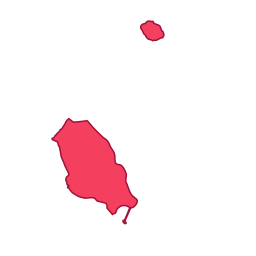 the district of Ly Son, Vietnam, rotated 56°
{"feature_id": "81297802B63810165613250", "entity_name": "Ly Son", "entity_type": "district", "adm_level": 2, "iso_a3": "VNM", "parent_name": "Vietnam", "parent_adm1": "", "projection": "natural_earth1", "projection_center": [109.112, 15.401], "detail": "fine", "context": "isolated", "style": "filled", "palette": "rose", "viewbox_px": 256, "rotation_deg": 56, "n_neighbors": 0, "source": "geoboundaries", "source_scale": "gbopen_adm2", "svg_char_len": 3236}
<svg xmlns="http://www.w3.org/2000/svg" viewBox="0 0 256 256"><g transform="rotate(56 128 128)"><path d="M133.5,153.0L130.4,152.4L127.9,152.2L125.2,152.7L123.1,153.5L121.6,154.0L117.4,154.9L112.1,156.0L106.6,156.9L99.9,157.6L99.0,158.0L98.7,158.2L98.5,158.9L98.4,159.3L98.1,159.9L97.6,160.8L96.4,163.2L93.1,169.2L92.7,169.8L92.3,170.0L91.8,170.3L88.0,171.5L87.5,171.7L87.2,172.0L87.1,172.3L87.3,173.3L87.6,174.7L88.1,175.9L88.7,176.9L90.1,179.6L90.4,180.8L91.0,181.9L91.9,183.8L91.8,184.1L91.5,184.4L91.6,185.4L92.0,186.1L92.5,187.0L92.7,187.8L92.8,189.6L93.3,191.0L93.6,192.5L93.7,193.1L94.2,193.8L94.6,194.8L94.6,195.0L94.3,195.9L94.2,196.3L94.3,196.7L94.7,197.1L95.3,197.2L95.8,197.0L96.5,196.5L97.3,195.9L98.9,195.0L99.7,194.5L100.3,194.4L101.2,194.5L102.0,194.8L103.9,195.5L104.0,195.3L104.3,195.1L104.5,195.1L109.6,197.2L113.5,199.0L116.6,199.9L120.4,200.5L124.6,201.5L126.1,201.7L129.0,202.1L131.6,202.5L132.8,202.7L133.5,203.2L134.0,203.8L134.1,204.7L134.3,206.2L134.7,207.1L136.1,208.5L137.4,209.0L138.7,209.1L139.5,209.4L140.1,209.8L141.0,210.1L141.5,210.1L141.5,209.7L141.8,209.5L142.4,209.4L143.0,209.5L143.3,209.8L143.2,210.2L143.1,210.7L143.2,211.0L143.8,211.4L144.1,211.2L144.8,210.7L145.2,210.6L145.8,210.7L147.2,210.7L150.6,210.3L152.9,209.3L156.9,207.4L157.8,206.8L160.6,204.3L162.2,202.8L164.9,197.9L165.8,196.5L166.3,195.9L167.0,195.4L168.0,194.8L168.6,194.7L169.2,194.7L169.7,194.7L171.1,194.4L171.5,194.2L175.3,190.8L176.0,190.2L176.7,189.5L177.9,188.6L178.7,188.4L179.3,188.4L180.8,188.9L182.1,189.9L182.7,190.1L183.4,190.1L187.7,189.6L188.8,189.5L191.0,189.2L190.9,188.6L191.0,188.2L191.5,186.4L191.5,186.1L190.4,184.0L190.1,183.8L189.7,183.5L189.4,183.0L189.1,182.2L188.9,181.7L188.7,179.5L188.7,178.0L188.8,177.3L189.2,176.3L190.5,173.8L192.5,172.3L194.4,171.2L194.9,170.9L199.6,177.8L202.6,182.7L202.4,183.0L202.0,183.3L201.9,183.6L202.0,183.9L202.1,184.1L202.9,184.5L203.8,184.6L205.3,184.2L205.7,183.9L205.8,183.5L205.9,183.0L205.7,182.7L205.4,182.5L204.7,182.6L203.9,182.7L203.4,182.6L195.7,170.4L196.2,169.7L196.6,168.4L196.6,166.8L195.9,164.1L195.2,162.7L194.6,161.9L194.1,161.5L193.0,160.8L191.4,160.8L190.0,161.3L188.7,161.7L187.5,162.0L185.7,162.4L184.1,162.4L181.0,162.0L177.3,161.1L173.7,160.2L171.4,159.9L170.3,159.3L168.8,158.0L167.1,156.4L165.5,155.3L163.7,154.8L161.0,154.3L159.1,154.1L157.9,154.1L156.4,154.2L155.2,154.5L153.7,155.5L152.9,156.4L151.9,157.3L150.4,157.9L149.4,157.8L147.9,157.0L145.6,155.8L144.3,154.7L142.5,154.0L140.9,153.4L139.5,153.2L137.0,153.1L135.3,153.2L133.5,153.0ZM65.0,45.4L62.5,44.7L61.4,44.6L60.4,44.9L59.3,45.4L57.6,46.8L56.8,47.2L55.0,48.1L54.4,47.7L53.7,47.6L53.3,48.0L53.1,48.6L53.0,49.0L51.7,49.9L50.4,52.1L50.4,52.8L50.5,53.3L50.8,54.4L50.9,55.0L50.8,55.6L50.1,58.0L50.2,58.8L50.3,59.5L50.5,60.0L50.9,60.6L51.4,61.0L52.1,61.4L52.9,61.7L54.7,61.7L55.3,61.6L56.1,61.7L57.1,62.0L58.7,62.2L59.9,62.0L61.2,61.6L61.6,61.7L62.0,62.0L64.2,61.8L65.5,61.5L66.1,61.2L67.5,59.8L68.4,59.1L69.2,58.9L69.5,58.5L69.7,58.0L69.8,57.5L70.5,56.4L71.0,55.6L71.2,55.2L71.3,53.9L71.4,53.1L71.6,51.8L71.6,50.7L72.0,50.1L72.3,49.5L72.3,48.6L72.1,47.7L71.5,46.8L70.7,46.1L68.4,45.2L67.5,45.2L66.9,45.4L66.3,45.5L65.0,45.4Z" fill="#f43f5e" stroke="#9f1239" stroke-width="1.5"/></g></svg>